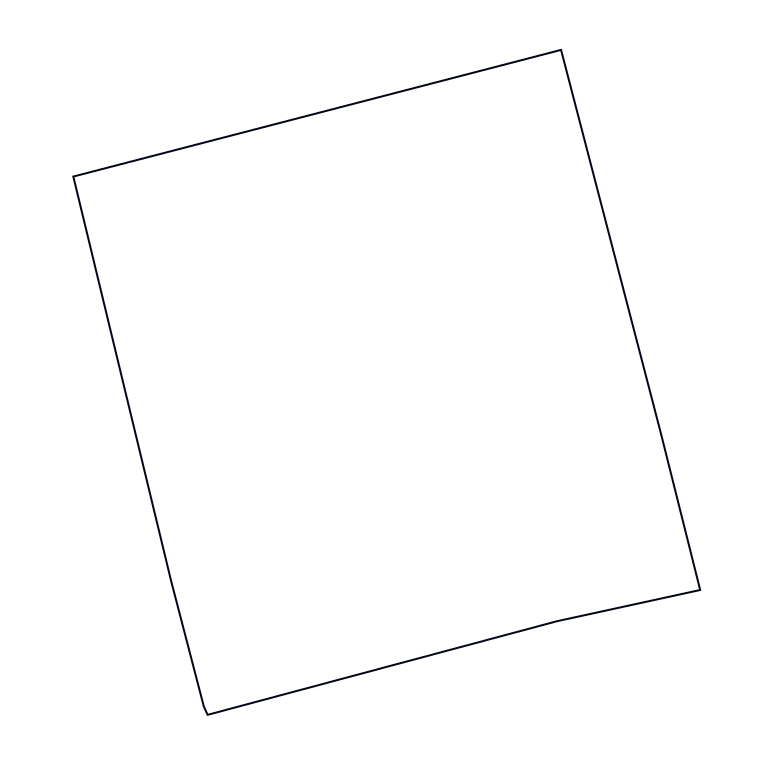 Gentry, Missouri, United States of America (Robinson projection), rotated 345°
{"feature_id": "52423323B22410363869477", "entity_name": "Gentry", "entity_type": "district", "adm_level": 2, "iso_a3": "USA", "parent_name": "United States of America", "parent_adm1": "Missouri", "projection": "robinson", "projection_center": [-94.401, 40.211], "detail": "fine", "context": "isolated", "style": "outline", "palette": "ink", "viewbox_px": 768, "rotation_deg": 345, "n_neighbors": 0, "source": "geoboundaries", "source_scale": "gbopen_adm2", "svg_char_len": 274}
<svg xmlns="http://www.w3.org/2000/svg" viewBox="0 0 768 768"><g transform="rotate(345 384 384)"><path d="M638.7,502.4L641.5,107.1L137.6,103.2L127.4,519.2L126.5,648.9L128.0,657.9L490.0,657.9L636.1,664.8L638.7,502.4Z" fill="none" stroke="#020617" stroke-width="2"/></g></svg>